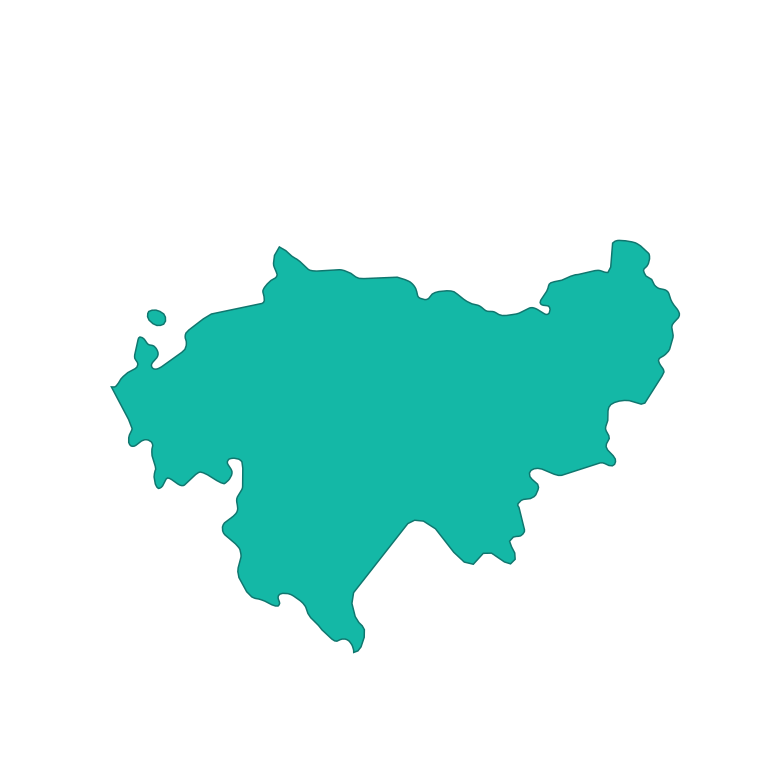 map outline of Perugia (Robinson projection), rotated 301°
{"feature_id": "ITA-5432", "entity_name": "Perugia", "entity_type": "Province", "adm_level": 1, "iso_a3": "ITA", "parent_name": "Italy", "parent_adm1": "", "projection": "robinson", "projection_center": [12.525, 43.115], "detail": "fine", "context": "isolated", "style": "filled", "palette": "teal", "viewbox_px": 768, "rotation_deg": 301, "n_neighbors": 0, "source": "natural_earth", "source_scale": "10m", "svg_char_len": 5836}
<svg xmlns="http://www.w3.org/2000/svg" viewBox="0 0 768 768"><g transform="rotate(301 384 384)"><path d="M301.3,586.7L295.0,585.1L293.5,578.9L294.4,563.3L290.0,556.3L275.5,553.4L272.7,544.5L275.7,530.5L286.4,502.7L286.8,488.4L283.0,480.4L276.6,476.3L189.5,465.4L179.4,469.5L169.8,479.1L166.6,485.3L165.5,489.9L163.3,493.7L156.7,497.5L146.8,499.7L141.8,499.1L138.3,496.3L140.3,495.0L142.7,492.4L143.6,491.2L144.4,489.7L145.1,488.1L145.7,486.3L145.8,484.2L145.4,482.1L143.8,479.5L142.3,478.1L139.3,476.1L138.4,474.0L138.5,470.6L141.3,457.5L143.3,452.2L145.9,441.6L148.1,437.0L152.3,432.0L153.0,430.8L154.3,427.6L154.7,425.8L155.1,423.8L155.7,415.5L155.6,412.8L154.9,409.7L152.4,405.0L150.4,403.1L148.3,402.5L146.7,403.0L145.4,404.0L143.4,406.5L142.3,407.5L140.7,407.8L139.1,407.5L137.8,405.2L137.0,401.6L136.5,393.6L135.8,389.8L135.1,387.1L134.5,385.6L133.9,384.0L133.6,382.3L133.4,380.3L135.2,373.3L143.4,359.3L146.5,356.6L147.8,355.4L151.2,353.7L161.6,350.7L162.9,350.1L164.7,348.8L167.8,345.9L168.8,344.3L169.6,342.0L170.5,339.0L172.8,325.1L173.7,323.1L175.1,321.3L178.2,319.2L180.6,318.7L182.8,318.8L193.0,322.9L196.7,323.8L198.7,323.8L200.4,323.4L202.0,322.7L204.6,320.7L207.1,318.5L208.4,317.6L209.9,316.9L211.7,316.5L220.3,316.5L222.0,316.2L223.5,315.5L239.0,306.4L244.0,302.4L244.7,300.6L244.8,298.2L243.2,293.7L241.7,291.6L240.1,290.0L238.5,289.6L236.8,289.7L235.5,290.5L234.6,291.8L232.4,296.4L231.5,297.8L230.5,298.9L229.1,299.7L227.3,300.3L223.2,300.5L221.2,300.2L217.6,299.1L216.2,298.3L215.4,295.1L215.1,290.3L215.3,279.5L214.8,274.8L213.9,271.8L212.7,270.7L209.5,269.2L194.6,265.0L193.4,264.1L192.6,262.7L192.2,261.1L192.1,258.7L192.7,251.3L192.6,248.6L192.0,246.9L190.3,246.2L182.7,246.7L180.8,246.3L179.3,245.5L178.3,244.4L178.7,242.3L180.5,239.5L185.9,234.8L188.9,233.4L191.7,232.5L193.4,232.2L195.6,230.4L203.1,222.1L206.2,220.0L208.7,218.6L212.1,217.5L213.5,216.2L214.5,214.5L214.6,211.0L213.9,209.1L212.9,207.5L210.3,205.5L203.6,202.9L202.2,202.0L201.2,200.8L200.6,199.2L201.0,197.3L202.4,195.3L206.4,192.9L209.3,192.0L214.0,191.6L215.9,191.2L222.0,183.4L241.1,151.8L242.6,154.5L244.1,155.4L248.1,155.9L252.8,155.9L256.1,156.6L261.8,158.5L269.0,162.8L271.3,163.5L274.1,162.9L275.5,161.5L277.0,158.3L277.8,157.0L279.2,156.0L280.6,155.3L295.5,150.3L297.1,150.0L298.6,150.6L299.2,152.8L299.1,154.7L298.5,156.5L297.1,159.5L296.6,161.0L296.6,162.6L297.7,165.4L298.0,167.0L297.7,168.6L297.2,170.2L296.4,171.7L295.5,173.0L294.4,174.2L293.0,175.1L291.4,175.6L289.5,175.7L283.6,174.6L281.8,174.5L280.2,175.0L279.1,176.0L278.4,177.4L278.4,179.0L279.0,180.5L280.0,181.7L281.2,182.7L284.0,184.4L307.1,194.4L311.1,195.5L315.1,194.7L317.2,193.6L318.9,192.4L321.0,190.0L322.3,189.1L323.8,188.4L325.7,188.0L329.8,188.9L346.8,195.6L355.1,200.0L390.3,238.0L391.9,238.7L393.8,238.5L397.1,236.2L400.4,232.9L401.5,232.2L403.0,231.9L405.2,231.8L409.6,232.4L414.6,233.8L419.0,236.3L420.7,236.6L422.6,236.2L424.5,234.0L427.8,229.5L428.9,228.3L430.6,227.1L437.8,223.9L447.6,223.7L447.7,231.4L447.3,233.2L446.1,239.2L446.0,243.0L446.1,244.9L445.7,248.9L443.3,259.8L443.3,261.8L444.3,264.6L446.1,268.1L459.1,287.1L460.0,289.1L460.8,291.7L461.8,298.6L461.2,304.7L461.7,308.2L464.0,312.5L482.4,340.4L482.7,341.7L484.3,348.3L484.8,351.9L484.9,353.8L484.6,355.8L484.2,357.5L483.6,359.2L482.9,360.7L482.0,362.2L479.9,364.6L477.6,366.8L476.6,367.9L476.1,369.3L476.1,370.9L477.4,375.7L478.5,377.1L480.2,378.2L485.9,379.0L488.7,380.7L491.5,383.4L496.3,389.9L498.2,393.5L499.1,396.5L498.8,400.6L497.7,408.6L497.5,412.6L498.0,418.1L499.8,423.7L500.0,424.7L500.1,426.3L500.0,428.1L499.4,431.8L499.3,433.6L499.6,435.1L500.3,436.6L501.9,439.4L502.5,441.0L502.7,442.9L502.7,446.8L503.6,450.1L505.9,453.8L512.1,461.3L514.4,463.4L524.1,469.6L525.2,470.8L526.0,472.2L526.5,473.8L526.8,475.5L526.9,477.4L526.8,485.3L527.0,487.0L528.0,488.4L529.8,489.1L533.4,488.0L534.9,486.5L535.5,484.8L535.0,483.2L533.6,480.2L533.2,478.7L533.3,477.2L534.2,475.9L536.5,475.2L547.3,475.7L550.6,475.2L552.9,474.5L554.6,474.2L556.7,474.9L559.5,477.4L564.5,482.9L572.5,488.5L576.1,491.7L577.9,494.1L589.9,506.5L591.7,509.0L592.4,510.5L592.8,512.0L593.5,515.5L594.1,517.0L594.9,518.5L601.0,518.1L622.5,507.4L625.2,508.4L626.2,509.2L627.3,510.3L628.2,511.6L631.1,517.2L633.5,523.3L634.4,526.5L634.6,528.3L634.6,530.4L634.5,532.9L632.4,542.9L631.9,544.3L630.4,545.7L628.0,547.2L623.4,548.6L620.8,548.7L618.5,548.2L616.9,547.6L614.9,548.0L613.3,549.8L611.5,552.9L611.5,559.6L608.2,564.7L607.7,566.4L607.4,568.6L607.5,570.4L608.0,572.0L609.1,575.1L609.5,576.7L609.5,578.4L609.1,580.1L608.3,581.5L604.1,586.3L602.4,588.9L600.9,592.0L599.1,596.9L598.3,598.4L597.4,599.8L596.4,601.0L594.7,601.9L592.5,602.2L585.9,600.8L583.2,600.6L580.9,601.4L574.7,606.7L572.8,607.7L561.0,610.9L558.5,610.9L554.4,610.0L552.1,609.1L548.7,607.2L547.2,606.8L545.3,607.3L543.5,609.5L542.4,611.5L540.9,615.0L540.2,616.2L539.2,617.2L538.5,617.8L534.2,618.2L502.0,617.4L499.2,614.8L496.1,602.8L493.8,598.6L490.6,594.5L486.9,591.1L483.2,589.0L479.8,588.7L476.4,589.8L468.0,594.6L461.7,596.0L459.6,597.0L458.1,598.8L455.5,603.3L453.2,605.2L447.3,605.5L444.6,606.7L442.6,609.7L440.5,617.5L438.8,620.9L436.6,622.5L433.9,623.0L431.5,621.9L430.0,618.8L429.5,614.0L429.0,611.9L427.7,609.9L397.2,583.3L395.5,580.6L394.3,576.3L392.4,563.1L390.9,559.2L388.6,556.3L385.7,554.5L382.6,554.5L379.8,556.7L378.6,559.8L377.2,567.3L375.0,569.7L372.6,570.5L367.2,571.2L364.8,570.7L361.2,568.5L356.9,563.0L354.8,561.5L350.5,560.5L348.8,561.2L347.7,563.3L331.4,579.5L329.7,580.4L326.8,580.3L324.2,579.3L322.7,577.7L321.4,575.8L319.4,573.7L313.9,572.6L310.2,577.1L306.5,583.1L301.3,586.7ZM325.0,145.0L327.7,147.1L329.9,150.5L330.8,154.5L330.6,159.1L328.7,162.2L325.4,164.3L321.8,164.3L319.1,162.2L317.2,159.1L316.7,154.9L317.7,149.8L319.9,146.7L322.8,145.2L325.0,145.0Z" fill="#14b8a6" stroke="#0f766e" stroke-width="1.5"/></g></svg>